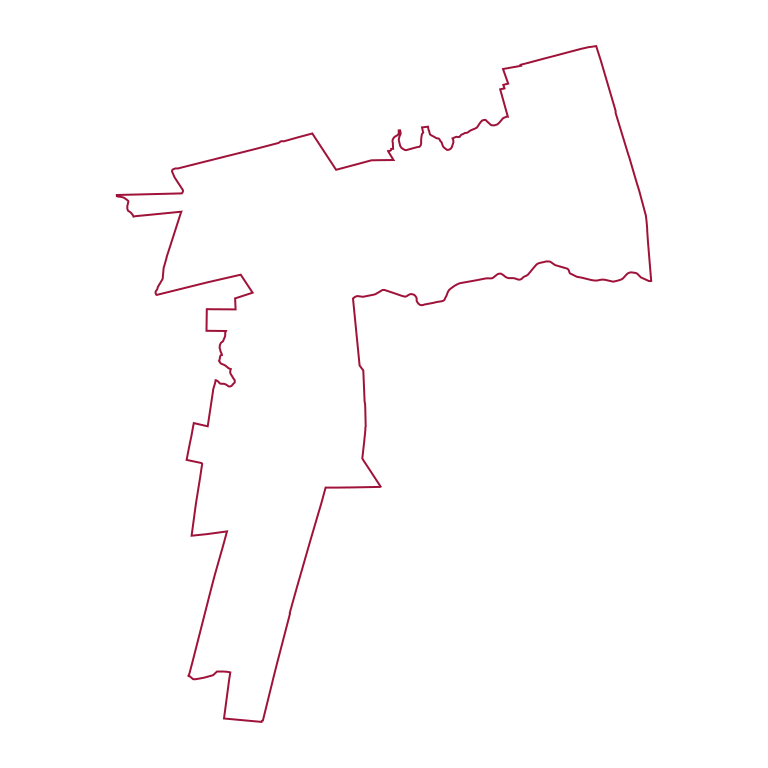 outline of Ciresu, Braila, Romania
{"feature_id": "2599482B19299751639554", "entity_name": "Ciresu", "entity_type": "district", "adm_level": 2, "iso_a3": "ROU", "parent_name": "Romania", "parent_adm1": "Braila", "projection": "robinson", "projection_center": [27.398, 44.954], "detail": "fine", "context": "isolated", "style": "outline", "palette": "rose", "viewbox_px": 768, "rotation_deg": 0, "n_neighbors": 0, "source": "geoboundaries", "source_scale": "gbopen_adm2", "svg_char_len": 6114}
<svg xmlns="http://www.w3.org/2000/svg" viewBox="0 0 768 768"><path d="M261.5,721.9L261.5,721.7L261.6,721.3L261.8,720.9L262.3,720.6L262.9,720.5L272.0,683.6L273.1,679.0L276.8,664.3L281.7,645.5L290.0,613.6L289.7,613.1L296.8,587.7L301.6,571.0L310.1,541.4L318.5,512.8L321.3,503.4L325.6,487.6L336.4,487.6L354.0,487.4L380.0,486.9L380.6,486.6L379.7,485.2L368.6,468.2L363.7,460.8L362.3,458.4L364.3,440.7L364.6,437.4L365.0,434.0L365.3,430.6L365.4,427.3L365.7,426.7L365.3,409.6L365.1,403.8L364.6,401.7L363.3,370.5L359.6,365.5L353.0,298.5L354.0,297.6L355.1,296.9L356.9,296.1L357.7,296.1L363.0,296.8L374.5,294.5L375.7,294.0L379.7,291.7L381.7,290.4L382.7,290.0L383.8,289.9L384.9,290.1L393.3,292.9L401.4,295.7L404.7,296.6L405.7,296.6L406.6,296.2L408.8,294.8L410.2,294.2L411.6,294.1L412.9,294.4L414.0,294.8L415.1,295.6L415.7,296.5L416.3,297.4L416.7,298.6L416.6,300.2L416.8,301.2L417.3,302.1L418.2,303.4L419.7,304.7L420.9,305.1L422.6,305.1L425.0,304.4L430.5,303.4L433.7,302.8L436.2,302.1L442.0,301.2L443.5,300.6L444.5,299.8L445.0,298.4L446.4,295.9L447.7,292.4L448.8,290.3L450.8,288.5L454.7,285.7L458.1,283.9L459.9,283.2L476.2,280.3L485.3,278.5L487.4,278.3L490.3,278.4L492.4,278.2L493.9,277.1L497.3,274.4L498.2,273.9L499.2,273.7L500.3,273.6L501.0,273.7L502.9,274.8L505.8,277.1L506.9,277.6L508.5,278.1L512.5,278.1L513.9,278.2L515.8,278.7L517.7,279.4L518.9,279.7L520.3,279.5L521.6,278.9L523.0,277.5L524.2,276.6L526.5,275.7L528.1,274.5L533.4,268.1L536.5,264.5L538.0,263.5L540.7,262.7L544.1,262.0L546.4,261.4L549.2,261.5L550.1,261.7L551.0,262.2L555.1,265.1L567.4,268.7L568.0,269.3L568.8,270.3L569.6,272.8L570.2,273.5L577.2,276.9L581.5,277.6L591.6,280.1L594.4,280.5L597.3,280.5L600.4,279.8L602.9,279.6L605.0,279.8L612.4,281.5L613.7,281.6L617.0,280.8L619.6,280.1L621.4,279.4L622.9,278.5L624.7,276.5L626.6,274.4L628.1,273.2L630.3,272.4L631.6,272.4L634.7,272.8L636.4,273.2L637.6,274.0L639.3,275.8L640.9,277.4L648.9,281.0L650.6,281.1L651.2,281.0L648.0,242.3L647.2,230.7L647.2,229.0L646.6,221.8L645.9,215.7L639.3,191.1L636.7,182.7L629.1,156.8L628.4,154.9L615.6,112.9L615.6,110.8L600.2,58.5L600.1,58.4L596.2,46.1L588.4,47.2L581.8,48.7L581.2,48.8L520.6,64.8L521.0,65.8L503.0,69.0L508.2,83.6L503.3,84.9L504.5,88.4L500.2,89.3L507.8,116.6L507.3,116.5L503.3,118.0L499.4,122.5L498.5,123.4L497.3,124.4L495.0,125.2L493.5,125.4L492.3,125.3L491.1,125.1L486.9,121.3L485.8,120.1L485.4,119.9L483.8,120.0L482.1,120.6L481.0,121.7L479.9,123.1L477.7,126.4L476.9,127.5L476.3,127.9L475.2,128.5L471.8,129.9L469.9,130.8L468.8,131.6L468.1,132.2L467.4,132.6L466.2,132.9L464.9,133.0L464.3,133.3L463.6,133.8L461.5,134.6L460.4,135.7L459.6,136.9L458.0,137.0L456.2,136.8L452.5,138.4L453.3,140.3L453.4,141.6L453.3,142.6L451.8,147.3L451.5,147.5L451.3,147.9L450.5,148.9L449.4,149.5L448.6,149.8L447.0,149.9L444.3,147.8L443.5,147.0L442.9,146.1L442.4,144.8L441.6,142.5L441.4,141.9L440.6,141.4L440.0,140.4L439.4,139.2L439.2,139.0L438.6,138.5L438.3,138.4L437.2,138.4L435.5,137.7L434.7,137.1L434.4,136.9L433.9,136.7L430.9,135.1L430.0,134.4L429.2,131.7L429.2,130.9L429.1,130.7L428.8,130.4L428.7,130.3L428.4,129.0L428.0,126.7L422.0,127.4L423.2,132.6L422.7,133.1L422.3,133.6L421.9,134.3L421.8,134.8L421.3,137.8L421.2,139.4L421.1,141.3L421.2,143.1L421.1,143.7L420.8,145.0L420.3,145.8L419.8,146.5L419.6,146.7L419.1,146.8L416.9,147.2L412.8,148.3L409.9,149.1L406.3,150.1L405.5,150.1L404.7,149.9L402.6,148.7L401.8,148.1L401.2,147.5L400.6,146.7L400.1,145.6L399.0,141.1L398.8,140.0L398.9,138.4L399.7,135.8L400.3,134.7L400.5,134.2L400.6,132.6L400.0,130.3L398.7,130.4L398.8,132.1L398.7,133.7L397.4,135.3L394.5,136.9L393.5,138.2L393.1,138.8L392.6,140.0L392.6,140.5L392.5,141.5L392.8,142.5L392.9,144.5L393.1,148.8L391.2,148.9L391.2,149.7L391.0,150.1L390.7,150.4L390.3,150.7L389.6,150.9L388.9,151.0L388.3,150.9L388.1,150.9L388.0,151.0L393.5,160.0L385.5,160.1L377.6,160.2L371.5,160.3L360.4,163.3L336.1,169.8L312.3,133.5L298.1,137.3L283.9,141.3L281.6,141.2L280.4,141.5L279.6,142.3L278.3,143.0L257.7,148.4L182.4,167.3L178.3,168.4L177.4,168.5L175.9,168.4L175.2,168.5L173.9,169.0L172.6,169.6L172.2,170.2L172.0,171.4L174.6,177.4L183.0,190.3L182.9,191.7L181.8,193.4L116.8,195.0L116.8,196.1L118.1,196.6L120.0,196.7L122.6,197.3L124.0,197.7L127.4,200.2L128.1,200.8L128.4,201.6L127.3,206.1L127.3,208.7L128.0,210.7L130.3,212.2L131.5,213.4L132.8,215.0L133.5,216.6L135.3,216.2L151.8,214.6L181.3,211.7L181.0,212.4L171.1,243.2L171.1,243.3L166.5,257.4L166.6,257.7L163.6,268.2L162.7,278.5L162.3,279.5L159.4,284.4L157.9,286.9L157.3,289.0L156.9,289.9L156.2,290.6L155.7,291.6L155.5,292.4L155.6,293.2L156.0,294.2L156.5,294.9L156.8,294.9L207.2,282.4L240.7,274.7L252.6,292.7L235.1,298.4L235.6,309.4L206.8,309.2L206.5,330.8L226.0,331.0L225.2,332.8L225.2,335.8L224.9,336.8L222.9,341.4L221.3,342.5L220.8,343.1L220.1,344.5L219.7,346.3L219.6,347.3L219.6,347.6L219.6,348.0L220.2,349.5L220.3,350.0L220.3,350.5L220.4,351.0L221.0,352.4L221.7,353.8L221.8,354.2L221.9,355.0L221.4,355.1L220.9,355.2L220.6,355.5L220.2,356.2L219.5,359.8L219.4,360.3L219.0,360.9L219.5,361.3L219.8,362.2L220.3,362.8L221.0,363.5L221.4,363.8L222.7,364.3L223.9,364.8L224.4,365.0L226.0,366.1L227.7,367.5L227.9,367.8L228.3,368.0L230.1,368.9L230.8,369.1L230.4,370.3L230.2,372.0L230.2,372.6L230.4,373.2L230.6,373.8L231.6,375.4L233.4,378.4L234.6,380.1L234.8,380.8L234.7,381.9L234.7,382.4L234.2,383.0L233.3,383.8L232.3,385.0L231.5,385.9L230.8,386.2L230.2,386.4L229.5,386.5L228.9,386.4L228.5,386.3L226.3,384.7L225.4,384.3L224.6,384.0L223.9,383.8L223.3,383.8L220.6,383.7L219.8,383.4L219.4,383.0L218.8,382.1L218.3,381.6L216.3,380.3L215.6,380.2L215.1,383.0L213.3,389.0L213.0,390.4L213.0,391.2L210.6,407.2L207.7,426.3L193.8,423.1L193.1,426.6L191.4,436.1L190.0,442.6L186.6,459.9L201.3,463.0L201.8,463.3L202.1,463.7L202.2,463.9L201.8,466.2L200.5,474.9L200.5,475.1L195.9,503.8L191.6,535.7L207.2,534.1L227.0,531.4L222.8,546.8L218.8,560.8L214.5,576.0L210.5,591.3L192.6,661.5L189.3,674.0L188.4,675.7L188.4,675.9L188.8,676.2L189.6,676.2L193.0,679.1L194.1,679.2L194.9,679.3L199.2,678.6L204.0,677.7L213.1,675.2L216.6,671.9L216.9,671.6L217.3,671.5L222.9,671.5L227.1,671.8L230.3,672.4L229.2,679.3L224.0,718.5L261.5,721.9Z" fill="none" stroke="#9f1239" stroke-width="2"/></svg>